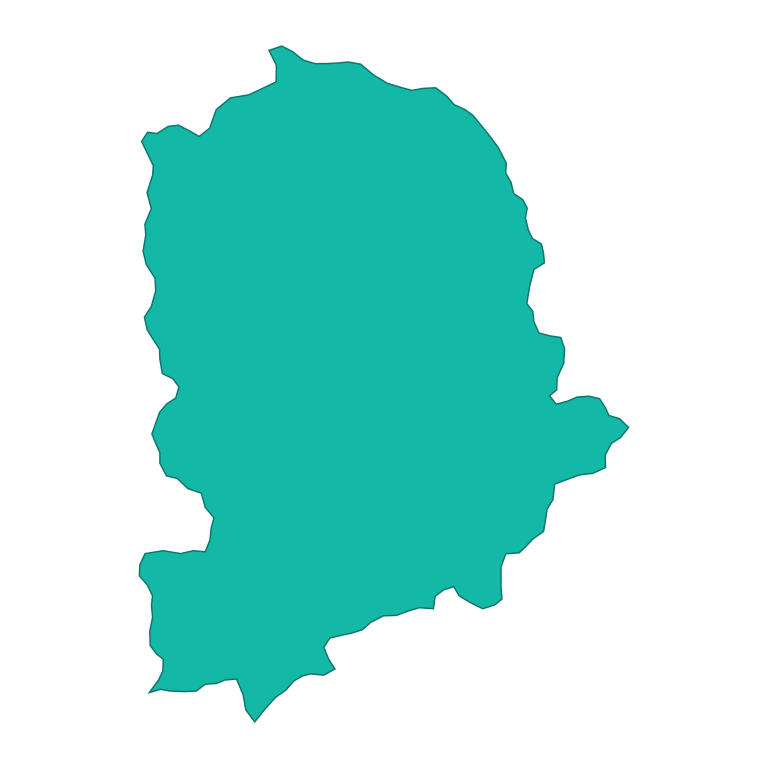 Queluz, São Paulo, Brazil
{"feature_id": "56859067B41056558959462", "entity_name": "Queluz", "entity_type": "district", "adm_level": 2, "iso_a3": "BRA", "parent_name": "Brazil", "parent_adm1": "São Paulo", "projection": "orthographic", "projection_center": [-44.787, -22.508], "detail": "fine", "context": "isolated", "style": "filled", "palette": "teal", "viewbox_px": 768, "rotation_deg": 0, "n_neighbors": 0, "source": "geoboundaries", "source_scale": "gbopen_adm2", "svg_char_len": 2270}
<svg xmlns="http://www.w3.org/2000/svg" viewBox="0 0 768 768"><path d="M269.0,50.4L276.4,65.2L276.1,81.9L258.4,90.4L248.6,94.9L230.4,97.9L216.2,109.7L209.7,128.2L199.1,136.5L190.2,131.3L178.5,125.2L168.2,126.4L157.1,133.5L147.6,132.3L141.6,141.4L147.3,153.2L153.3,165.6L152.7,174.9L147.1,192.6L151.3,208.7L144.9,224.3L145.8,234.9L143.1,251.1L146.2,264.2L155.1,278.4L155.7,291.0L151.3,306.6L144.4,317.2L147.3,330.0L153.3,339.6L159.5,349.1L159.9,359.1L162.3,373.5L173.0,378.8L179.0,386.9L175.7,398.1L166.8,403.8L159.6,412.3L155.7,423.3L151.9,433.9L156.1,444.2L159.9,452.6L159.9,463.3L166.5,475.9L177.2,478.4L188.0,488.7L201.4,493.2L205.2,507.3L214.0,517.8L211.2,528.0L210.0,540.0L205.2,551.8L193.4,550.7L180.5,553.6L163.2,550.7L145.1,553.6L139.8,564.9L139.4,575.9L147.3,584.9L152.5,595.8L151.5,605.4L152.6,617.4L149.8,631.0L150.2,645.6L156.4,653.8L163.3,659.3L162.8,671.0L158.6,680.0L149.3,692.6L160.6,689.3L169.8,691.0L184.2,691.6L196.4,691.0L205.3,684.1L216.4,683.5L224.9,680.0L236.5,679.0L243.1,694.6L245.8,709.9L254.7,721.9L265.1,708.9L275.6,697.3L286.0,690.0L293.8,681.0L302.3,676.0L310.7,673.9L323.8,675.1L334.9,669.0L328.5,658.9L323.8,647.3L329.8,638.0L342.0,635.1L351.8,633.1L362.5,629.6L370.5,622.5L383.4,615.8L396.5,615.4L407.2,611.3L419.4,607.7L433.4,608.7L435.2,596.1L444.1,589.6L453.9,586.7L459.0,595.7L470.7,602.8L482.8,608.7L495.0,604.8L501.9,599.1L501.0,586.5L501.0,567.0L505.8,553.8L519.2,552.8L525.8,546.5L533.2,538.7L543.6,531.4L547.2,508.8L552.9,499.7L554.7,484.0L579.4,474.9L592.9,473.3L605.6,467.4L605.1,455.2L611.6,443.2L620.5,437.5L628.6,427.5L619.7,418.8L608.9,415.5L605.1,407.2L599.5,398.7L588.9,396.2L577.1,397.1L567.8,401.1L556.2,404.2L549.6,395.8L556.7,389.7L557.1,377.8L563.7,363.3L564.6,349.1L560.8,337.5L550.0,335.9L538.9,333.0L533.9,321.7L532.8,311.3L526.8,303.6L529.5,287.1L533.9,269.4L544.4,262.9L543.5,253.2L541.4,244.0L532.4,238.5L528.3,230.0L525.4,217.8L527.2,208.1L522.6,199.5L513.7,193.6L511.0,182.3L505.7,172.9L506.3,163.2L498.3,147.5L488.4,134.3L480.6,124.8L473.2,115.6L464.8,109.5L454.1,104.6L446.4,95.9L435.7,87.8L423.1,88.4L412.0,90.4L402.2,87.8L387.3,83.3L373.3,74.8L360.7,64.2L348.3,62.0L337.8,63.0L326.5,63.6L314.8,63.6L303.2,60.1L292.5,51.6L281.7,46.1L269.0,50.4Z" fill="#14b8a6" stroke="#0f766e" stroke-width="1.5"/></svg>